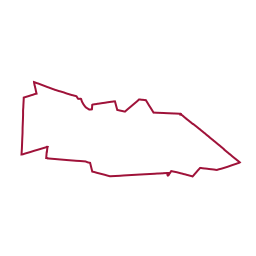 the district of Checea, Timis, Romania, rotated 265°
{"feature_id": "2599482B82782333976905", "entity_name": "Checea", "entity_type": "district", "adm_level": 2, "iso_a3": "ROU", "parent_name": "Romania", "parent_adm1": "Timis", "projection": "orthographic", "projection_center": [20.84, 45.724], "detail": "fine", "context": "isolated", "style": "outline", "palette": "rose", "viewbox_px": 256, "rotation_deg": 265, "n_neighbors": 0, "source": "geoboundaries", "source_scale": "gbopen_adm2", "svg_char_len": 5548}
<svg xmlns="http://www.w3.org/2000/svg" viewBox="0 0 256 256"><g transform="rotate(265 128 128)"><path d="M137.2,182.1L137.1,181.5L137.0,181.2L137.7,181.1L137.7,180.7L138.2,177.2L138.7,173.2L139.1,170.2L139.5,167.1L139.8,165.1L140.7,157.9L141.1,155.1L141.1,154.8L145.9,152.4L148.7,150.9L151.2,149.7L154.2,148.2L154.3,147.7L154.3,147.4L154.4,147.1L154.4,146.8L154.5,146.4L154.7,145.8L154.8,145.2L154.8,144.8L154.9,144.5L155.0,144.0L155.0,143.7L155.1,143.3L155.2,143.0L155.3,142.7L155.4,142.3L155.4,142.0L155.4,141.8L155.4,141.3L155.3,141.2L155.0,141.0L154.7,140.5L154.2,139.9L153.4,138.8L151.8,136.5L148.9,132.4L148.0,131.1L146.6,129.1L144.6,126.4L144.9,125.3L145.4,123.8L145.9,122.1L146.3,120.8L146.5,120.3L146.9,118.9L149.5,118.4L151.2,118.1L152.4,117.9L154.1,117.6L155.2,117.4L155.7,117.3L155.7,117.2L155.7,116.6L155.7,116.3L155.7,116.2L155.7,115.6L155.6,115.1L155.6,114.0L155.6,113.1L155.5,112.4L155.5,111.2L155.4,110.6L155.4,110.0L155.4,109.6L155.3,109.1L155.3,108.4L155.2,108.1L155.2,107.8L155.2,107.5L155.2,107.3L155.1,106.3L155.1,105.4L155.0,103.7L154.9,102.5L154.9,102.0L154.8,101.2L154.8,100.5L154.8,99.9L154.7,99.1L154.6,98.3L154.6,97.6L154.6,96.9L154.5,96.2L154.5,95.9L154.5,95.2L154.4,94.9L154.3,94.6L154.2,94.4L153.3,94.2L153.0,94.2L152.7,94.2L151.1,93.9L150.3,93.8L150.0,93.7L149.8,93.7L149.7,93.6L149.7,92.8L149.7,92.4L149.7,91.5L149.8,91.4L149.8,90.9L150.1,90.5L150.6,89.9L151.5,88.7L152.0,88.1L152.1,87.9L152.4,87.7L153.1,87.1L153.7,86.8L154.2,86.4L155.0,86.0L155.6,85.6L156.4,85.3L157.0,85.0L157.9,84.6L159.5,84.1L160.1,84.0L160.7,83.9L161.0,83.8L161.2,83.5L161.3,83.3L161.3,82.3L161.3,81.6L161.4,81.1L161.5,80.8L161.6,80.7L163.2,79.9L164.1,79.4L164.6,78.3L164.7,77.8L164.8,77.6L164.9,77.4L165.0,77.0L165.4,76.0L165.5,75.7L165.6,75.3L165.7,74.9L165.8,74.6L166.0,74.2L166.3,73.5L166.4,73.1L167.0,71.8L167.3,70.9L167.9,69.5L168.5,68.2L168.7,67.9L168.8,67.7L169.1,67.0L169.3,66.5L169.5,66.0L169.9,64.9L170.3,64.0L170.8,62.4L171.2,61.5L171.8,60.1L172.3,58.9L172.4,58.5L172.8,57.8L173.5,56.2L174.1,55.0L174.7,53.7L175.3,52.5L175.8,51.3L176.9,49.1L180.3,42.1L180.4,41.7L180.8,40.8L181.9,38.4L181.4,38.4L181.2,38.4L179.5,38.6L178.5,38.7L177.7,38.9L177.0,39.0L176.6,39.0L175.5,39.2L174.8,39.3L172.9,39.5L170.2,39.9L170.1,39.2L170.1,38.9L169.8,37.5L169.4,36.2L169.0,34.0L168.8,33.3L168.6,32.4L168.5,32.0L168.0,29.6L167.4,26.8L164.2,26.4L160.1,25.8L157.7,25.5L155.3,25.1L154.6,25.0L150.0,24.6L145.0,24.0L137.2,23.0L132.2,22.5L126.3,21.7L116.8,20.5L110.9,19.6L110.9,20.4L111.0,21.2L111.3,22.3L111.5,23.1L112.6,28.7L113.5,32.6L114.2,36.2L115.8,44.0L116.0,44.8L116.1,45.0L116.4,45.6L116.2,46.3L116.0,46.2L114.7,45.8L114.1,45.7L113.8,45.6L113.0,45.5L112.3,45.3L111.8,45.2L111.3,45.2L111.1,44.9L105.2,43.9L105.0,45.2L104.7,45.3L103.3,53.5L102.8,56.3L102.3,59.2L101.8,62.1L101.3,64.9L100.3,70.9L99.8,73.8L99.4,76.8L98.4,82.7L97.2,85.1L96.6,87.2L87.7,88.6L87.0,90.8L86.1,93.0L83.4,100.8L82.4,103.3L81.5,105.8L81.1,115.8L81.1,119.2L81.0,122.7L80.8,129.5L80.6,135.9L80.5,139.0L80.4,142.0L80.1,150.5L80.1,153.4L80.0,154.2L80.0,155.3L79.9,156.3L79.9,156.9L79.9,157.8L79.8,159.2L79.9,159.8L79.8,161.5L79.8,162.6L79.7,164.0L79.5,163.9L79.2,163.7L78.8,163.3L78.5,163.2L77.9,163.2L77.6,163.3L77.3,163.4L77.1,163.6L77.4,164.1L77.5,164.2L77.9,164.7L78.5,165.0L79.1,165.5L79.5,165.9L80.4,166.6L81.3,167.3L81.2,167.8L80.9,168.6L79.8,172.4L79.6,173.0L78.8,175.2L78.2,176.8L77.9,177.9L77.8,178.1L77.2,179.6L76.9,180.7L76.6,181.5L76.1,182.7L75.9,183.4L74.8,186.3L74.7,186.8L74.4,187.4L74.1,188.1L74.4,188.4L75.2,189.3L76.5,190.6L77.7,191.9L78.0,192.2L79.0,193.2L79.7,193.9L80.5,194.8L81.3,195.7L81.9,196.3L81.9,196.6L81.8,197.3L81.7,197.7L81.4,198.6L81.4,199.0L81.1,200.1L80.9,201.5L80.4,203.9L80.2,204.6L79.8,206.6L79.6,207.7L79.1,210.2L78.7,211.7L78.5,212.6L78.5,213.1L78.7,213.8L79.0,215.2L79.2,216.7L79.4,217.9L79.9,220.2L80.7,223.9L81.9,228.4L82.4,230.5L83.0,233.1L83.2,233.6L83.4,234.7L83.8,236.1L84.0,236.4L85.8,234.6L86.5,233.8L87.7,232.6L88.4,231.8L90.8,229.3L92.0,228.2L92.8,227.4L92.9,227.2L93.1,227.1L93.2,226.9L93.4,226.7L93.6,226.4L93.9,226.2L94.2,225.9L95.1,225.0L95.4,224.6L95.8,224.3L96.8,223.2L97.1,223.0L97.3,222.7L97.6,222.5L97.7,222.3L97.9,222.1L98.1,222.0L98.4,221.7L98.6,221.7L99.0,221.3L99.2,221.1L99.4,220.9L99.6,220.7L99.9,220.4L100.3,220.0L100.7,219.6L100.9,219.4L101.1,219.1L101.4,218.9L101.8,218.5L102.7,217.6L102.9,217.3L103.1,217.2L103.7,216.5L104.2,216.0L104.6,215.6L105.2,215.0L105.4,214.8L105.6,214.6L105.9,214.3L106.2,214.0L106.4,213.8L106.6,213.6L106.9,213.3L107.1,213.1L107.4,212.8L107.6,212.5L108.2,211.9L108.5,211.7L108.8,211.4L109.0,211.1L109.2,210.9L110.2,209.9L110.6,209.4L110.8,209.2L111.1,208.9L111.5,208.6L111.9,208.1L112.0,208.1L112.6,207.6L112.9,207.3L113.0,207.1L113.1,206.9L113.4,206.7L113.7,206.3L113.8,206.3L113.9,206.2L114.0,206.0L114.2,205.8L115.1,204.9L115.5,204.6L116.0,204.1L116.7,203.3L116.9,203.0L117.6,202.4L118.2,201.8L118.6,201.3L120.0,199.9L120.3,199.7L120.7,199.2L120.9,199.0L121.1,198.7L121.3,198.5L121.6,198.2L121.9,198.0L122.1,197.7L122.4,197.4L122.6,197.2L122.8,197.0L123.0,196.8L123.3,196.5L124.4,195.3L126.3,193.3L126.3,193.0L126.4,192.9L126.9,192.4L127.0,192.2L127.7,191.5L128.0,191.3L128.2,191.1L128.3,190.9L129.0,190.2L129.2,189.9L129.5,189.7L130.1,189.0L130.3,188.9L130.6,188.5L130.9,188.2L131.6,187.4L131.7,187.2L131.8,187.1L132.1,187.0L132.1,186.9L132.5,186.5L133.1,185.9L133.3,185.7L133.6,185.4L134.1,184.9L134.3,184.7L134.5,184.5L134.9,184.2L135.1,183.9L135.7,183.4L136.4,182.5L136.4,182.4L136.5,182.4L136.9,182.2L137.2,182.1Z" fill="none" stroke="#9f1239" stroke-width="2"/></g></svg>